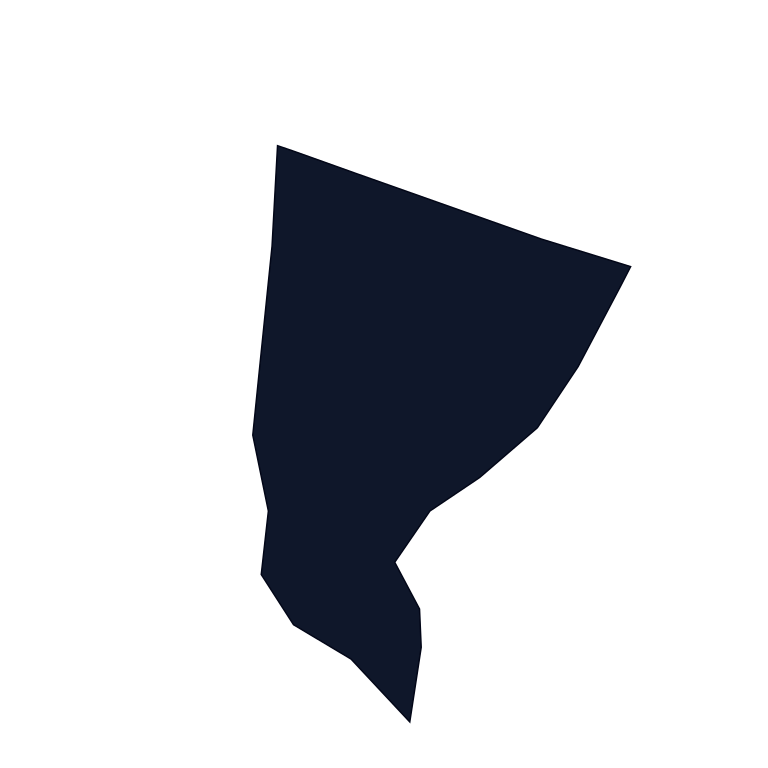 Nyala Janoub, Southern Darfur, Sudan, rotated 129°
{"feature_id": "16777658B27261158380636", "entity_name": "Nyala Janoub", "entity_type": "district", "adm_level": 2, "iso_a3": "SDN", "parent_name": "Sudan", "parent_adm1": "Southern Darfur", "projection": "equal_earth", "projection_center": [24.841, 12.018], "detail": "fine", "context": "isolated", "style": "filled", "palette": "ink", "viewbox_px": 768, "rotation_deg": 129, "n_neighbors": 0, "source": "geoboundaries", "source_scale": "gbopen_adm2", "svg_char_len": 435}
<svg xmlns="http://www.w3.org/2000/svg" viewBox="0 0 768 768"><g transform="rotate(129 384 384)"><path d="M446.4,493.0L506.3,453.8L555.5,393.9L609.3,359.5L628.0,302.8L618.5,236.5L630.4,151.3L565.2,189.4L536.5,214.8L515.8,263.5L453.8,268.4L396.4,250.8L321.5,237.3L248.3,244.1L159.2,261.7L137.6,266.2L172.4,353.1L238.7,540.2L259.9,600.6L265.8,616.7L347.4,557.7L446.4,493.0Z" fill="#0f172a" stroke="#020617" stroke-width="1.5"/></g></svg>